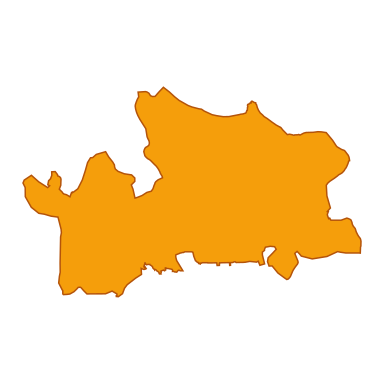 At Ta'iziyah, Ta`izz, Yemen (Mercator projection)
{"feature_id": "15242507B60919761418244", "entity_name": "At Ta'iziyah", "entity_type": "district", "adm_level": 2, "iso_a3": "YEM", "parent_name": "Yemen", "parent_adm1": "Ta`izz", "projection": "mercator", "projection_center": [44.019, 13.682], "detail": "fine", "context": "isolated", "style": "filled", "palette": "amber", "viewbox_px": 384, "rotation_deg": 0, "n_neighbors": 0, "source": "geoboundaries", "source_scale": "gbopen_adm2", "svg_char_len": 5992}
<svg xmlns="http://www.w3.org/2000/svg" viewBox="0 0 384 384"><path d="M321.6,131.9L317.9,131.7L313.3,132.3L306.1,132.5L303.8,133.1L302.2,133.9L300.4,134.9L299.8,135.0L299.2,134.6L298.4,134.5L298.2,134.7L297.7,134.8L294.7,134.9L294.0,135.3L292.0,134.7L289.6,134.2L287.3,134.6L282.8,130.0L280.9,127.6L276.1,125.0L271.4,121.7L267.3,118.6L264.1,116.6L262.6,115.0L260.2,112.9L258.4,110.1L257.3,107.5L256.5,104.6L255.7,103.6L255.7,102.8L254.0,102.4L252.2,101.2L251.7,101.2L251.1,101.7L251.2,102.9L251.0,103.0L250.6,102.7L250.1,103.0L249.7,103.5L249.3,103.5L248.8,104.2L248.0,104.3L247.6,104.7L247.5,105.4L247.6,105.9L247.8,106.1L247.7,107.1L247.5,107.3L247.4,107.9L247.4,108.5L247.5,108.8L247.4,109.3L247.3,110.3L246.9,110.4L246.6,111.1L246.1,112.6L245.5,113.2L244.5,113.4L243.2,113.9L240.2,114.3L239.8,114.5L228.9,116.6L223.3,116.7L216.7,115.7L212.1,114.7L204.3,111.1L201.5,109.2L198.9,108.8L196.6,108.2L192.0,107.0L188.1,105.5L179.1,100.4L174.5,96.7L169.4,92.0L163.4,87.3L159.2,91.7L157.6,93.5L155.1,96.4L152.4,96.5L150.5,95.7L148.9,93.2L147.0,92.0L145.5,91.6L138.1,92.1L138.7,96.9L137.3,99.4L136.3,101.9L135.4,104.6L135.2,106.1L135.6,108.9L136.3,111.5L136.8,113.0L137.9,115.6L139.9,119.4L145.8,128.7L147.1,136.8L147.8,138.5L149.0,140.9L149.3,142.3L149.3,143.8L148.9,145.1L147.9,146.1L146.8,146.8L145.5,147.5L144.8,148.6L144.2,150.0L143.8,151.7L144.9,155.8L145.7,156.8L146.7,157.8L147.7,158.7L148.9,159.3L150.0,160.0L151.2,161.1L154.3,164.3L156.3,166.2L157.1,167.3L158.0,168.5L159.3,170.8L159.9,172.0L160.4,173.4L162.2,176.4L162.5,177.8L158.1,179.8L155.9,181.6L155.1,182.7L154.7,184.1L154.1,185.3L153.0,188.7L151.3,191.2L146.9,192.4L145.8,193.1L142.1,195.5L137.6,197.3L135.0,198.1L133.0,189.2L131.3,184.9L134.8,181.4L134.8,178.0L131.6,174.9L124.3,173.8L118.1,171.4L115.3,169.0L114.6,166.9L114.4,164.9L112.7,162.0L108.6,156.8L105.6,151.7L96.3,154.4L92.7,157.6L90.5,157.8L87.6,162.5L85.3,170.7L82.3,180.0L78.1,188.3L77.6,189.0L73.7,191.9L72.2,192.8L72.1,192.2L71.5,192.6L70.0,196.8L66.5,194.7L63.9,194.0L62.9,193.2L62.2,192.1L59.3,189.2L60.8,185.2L60.8,183.8L61.0,179.4L60.7,178.0L59.9,177.0L58.7,176.2L57.7,175.9L57.5,174.6L55.2,171.6L51.7,171.8L51.8,175.3L50.5,178.8L48.6,180.7L47.8,184.8L49.6,185.8L47.7,187.6L38.8,181.9L31.4,175.3L24.2,180.1L23.0,183.0L25.2,187.6L25.3,196.7L31.3,207.3L38.8,213.3L44.3,214.2L51.2,216.2L58.0,217.1L61.1,229.3L61.4,232.8L60.6,236.9L60.1,263.1L60.2,272.3L59.4,276.3L58.7,283.0L62.3,290.1L62.7,290.4L62.8,291.8L62.8,293.9L63.4,294.6L67.0,294.4L69.9,294.0L74.0,291.7L76.7,289.1L78.2,287.4L80.2,287.2L81.1,287.7L83.7,290.7L86.9,293.9L105.5,293.8L112.1,291.1L116.9,293.9L117.0,295.7L116.3,295.7L116.3,296.5L118.3,296.7L122.5,293.7L124.5,288.3L127.2,284.7L135.7,278.1L141.5,274.4L141.5,273.5L141.4,272.8L141.2,268.4L143.5,269.4L144.4,269.4L145.9,268.9L146.2,268.6L145.9,268.3L145.3,267.0L144.6,266.7L144.4,266.6L144.3,266.8L144.4,267.3L144.0,266.9L143.9,266.7L144.0,266.1L144.3,265.8L144.3,265.5L144.2,265.2L144.4,264.7L144.7,264.4L144.9,264.1L144.8,263.3L145.0,262.9L145.4,263.1L145.8,264.3L146.1,264.7L146.3,264.8L146.8,264.7L147.0,264.6L147.5,264.5L148.4,264.4L149.3,264.4L149.7,264.6L149.9,264.5L150.2,265.0L151.3,265.6L152.5,266.7L152.6,266.9L152.7,267.7L153.7,269.0L154.4,269.2L154.8,269.5L154.8,269.8L155.1,269.5L155.3,269.5L155.8,269.7L156.6,270.7L158.0,271.6L158.8,272.3L158.9,272.6L159.1,272.7L159.1,273.4L159.4,273.9L159.8,273.9L160.1,274.0L160.9,273.9L160.7,273.6L161.1,272.9L161.2,272.3L161.2,271.9L161.0,271.6L161.0,271.0L161.7,270.7L163.7,270.1L164.4,270.8L164.6,270.8L164.9,270.6L165.3,270.1L165.7,269.9L165.6,269.6L165.6,269.2L165.3,268.9L165.4,268.6L165.3,268.0L165.7,267.9L165.7,268.2L165.9,268.4L168.7,268.6L169.3,268.8L170.6,269.0L172.1,269.4L172.5,270.1L172.6,270.4L172.5,270.9L172.5,271.4L173.0,271.3L173.5,271.4L174.5,271.9L175.2,271.9L176.0,272.1L176.8,272.1L178.0,270.6L178.4,270.3L179.3,270.3L179.7,270.5L180.2,270.8L182.9,270.8L176.7,260.6L176.3,259.2L175.9,257.6L175.7,255.9L175.9,254.8L179.3,253.5L180.3,253.0L180.7,253.0L182.6,252.5L183.5,252.5L184.3,252.1L184.7,251.8L191.4,251.8L192.0,251.9L192.9,252.3L193.8,256.3L195.5,260.8L195.9,260.9L197.1,262.1L197.5,262.3L198.4,262.5L198.6,262.6L198.7,262.9L198.6,263.5L199.6,263.8L200.1,263.9L200.3,264.0L200.4,263.7L200.5,263.6L200.5,263.2L201.0,263.3L202.0,262.9L202.1,262.7L207.7,262.7L207.8,262.9L211.9,262.9L216.7,262.8L217.1,265.5L219.4,265.4L219.5,263.5L219.4,263.2L219.5,263.0L219.8,263.2L220.0,262.8L229.5,262.6L229.7,265.4L230.5,265.3L230.4,262.6L232.8,262.5L233.7,262.0L235.1,261.7L236.1,262.5L240.8,262.4L242.8,262.4L245.4,262.2L249.7,261.4L256.6,262.1L258.2,261.2L259.9,265.3L264.6,263.9L262.4,255.0L262.4,252.1L264.5,250.4L264.5,249.4L265.4,247.2L270.2,246.3L274.6,246.7L276.2,249.3L272.9,252.9L268.2,257.7L268.1,258.0L267.5,261.7L269.1,266.1L269.6,266.0L272.2,266.0L277.9,273.0L284.1,277.6L286.8,279.5L288.3,279.0L289.8,277.4L290.6,276.1L292.7,271.1L293.4,269.8L295.1,267.2L297.6,263.9L298.1,262.5L297.9,261.1L296.1,256.7L294.8,253.4L297.1,251.4L299.3,253.7L301.3,256.1L312.2,258.9L327.0,256.5L337.6,251.6L340.4,252.2L345.9,253.0L359.0,253.0L360.3,253.1L360.5,247.2L360.9,245.9L360.9,244.6L361.0,241.3L360.7,239.8L360.3,238.5L358.6,236.3L357.8,235.0L356.5,232.4L356.0,231.2L355.6,229.7L355.1,228.4L354.2,227.3L353.4,226.3L352.7,225.1L352.2,223.8L352.0,222.5L351.5,221.2L350.9,219.9L349.8,219.2L348.4,218.6L347.2,218.2L346.8,218.1L341.1,220.2L330.9,220.2L329.7,218.1L329.3,218.2L329.1,218.7L328.8,218.8L328.5,218.3L327.6,215.8L327.3,214.5L327.3,214.4L328.3,211.6L327.4,211.5L328.6,210.0L330.4,208.0L326.9,195.9L326.3,185.2L327.9,183.0L329.8,181.3L334.3,178.3L337.5,175.9L338.7,174.8L339.9,174.2L341.1,173.5L342.3,172.7L343.3,171.6L344.3,170.5L344.9,169.3L345.8,168.2L346.6,166.8L347.8,164.0L348.3,162.6L348.6,161.3L349.0,160.9L349.6,160.7L349.3,158.7L349.0,157.2L348.6,156.2L348.1,155.1L346.9,153.6L345.1,151.2L344.4,150.5L343.5,150.1L342.5,149.8L341.5,149.4L337.2,146.9L336.4,146.1L332.6,140.3L326.2,132.6L321.6,131.9Z" fill="#f59e0b" stroke="#b45309" stroke-width="1.5"/></svg>